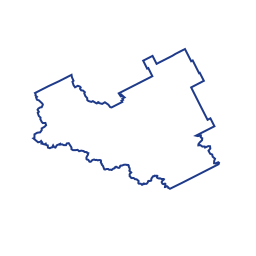 outline of Flathead, Montana, United States of America, rotated 153°
{"feature_id": "52423323B85659466987849", "entity_name": "Flathead", "entity_type": "district", "adm_level": 2, "iso_a3": "USA", "parent_name": "United States of America", "parent_adm1": "Montana", "projection": "robinson", "projection_center": [-113.761, 48.298], "detail": "fine", "context": "isolated", "style": "outline", "palette": "blue", "viewbox_px": 256, "rotation_deg": 153, "n_neighbors": 0, "source": "geoboundaries", "source_scale": "gbopen_adm2", "svg_char_len": 4298}
<svg xmlns="http://www.w3.org/2000/svg" viewBox="0 0 256 256"><g transform="rotate(153 128 128)"><path d="M73.4,181.1L83.9,181.1L84.0,172.2L82.7,172.2L82.8,163.1L93.1,163.1L114.6,163.1L120.5,163.1L120.1,159.5L118.9,159.2L118.6,160.2L117.2,156.8L119.6,156.8L119.6,155.3L121.4,155.3L121.3,153.8L133.3,153.8L134.4,154.7L134.9,157.7L136.9,161.4L140.1,161.2L142.7,163.6L142.5,164.3L142.8,164.6L143.5,164.2L144.3,164.3L144.7,164.1L145.0,164.4L147.1,167.9L148.8,167.9L151.0,170.0L151.6,171.4L150.8,173.2L151.5,175.8L151.2,178.8L150.2,179.5L151.1,181.8L152.6,182.8L152.9,184.7L151.7,185.7L152.1,186.8L153.6,188.4L156.7,188.3L157.1,190.8L156.5,194.4L155.1,194.8L154.9,198.7L154.2,201.0L168.2,201.0L179.9,201.4L195.0,201.4L194.9,200.2L195.7,198.9L195.0,197.1L196.0,196.9L196.3,194.6L194.8,193.0L193.2,188.5L193.3,187.4L195.5,185.7L196.9,186.2L199.1,186.0L200.3,185.3L200.1,182.9L201.5,182.6L202.0,179.2L201.2,177.0L202.1,175.6L202.1,172.7L201.7,171.1L199.3,170.0L199.7,167.7L201.7,167.0L205.1,166.8L205.8,165.3L208.2,164.0L211.0,165.0L214.2,164.8L215.9,161.6L217.0,161.7L214.6,156.1L212.2,155.5L211.3,155.9L211.0,154.0L212.1,153.4L209.9,151.3L208.4,151.4L208.6,149.9L207.4,148.9L208.2,146.9L206.8,145.5L205.6,145.5L204.4,145.2L202.6,146.5L202.5,144.4L201.5,143.5L199.3,144.9L195.7,144.7L196.0,144.0L194.2,143.4L193.0,141.9L191.0,140.9L189.6,142.0L187.7,141.4L187.2,136.4L188.0,134.7L187.1,133.3L184.6,132.0L182.8,131.4L182.1,129.5L180.0,129.1L177.9,127.5L177.8,126.7L177.3,126.1L177.2,126.1L176.4,125.7L175.7,125.2L175.7,124.4L175.1,123.8L174.8,123.6L175.1,123.2L175.4,122.9L176.0,122.2L177.1,121.6L177.8,121.1L178.5,120.5L178.9,119.6L179.1,119.1L178.8,118.4L178.0,117.9L177.7,117.1L177.7,116.3L177.7,115.7L177.2,115.1L176.3,114.9L175.3,115.3L174.4,115.6L173.5,115.5L172.5,115.3L172.1,114.7L171.5,114.2L170.7,114.0L170.2,113.6L169.9,113.1L169.3,112.8L168.7,112.7L168.1,112.5L167.6,112.1L167.2,111.9L166.9,111.5L167.0,110.9L167.4,110.2L167.9,109.6L167.8,108.8L167.6,108.1L168.0,107.3L167.9,106.9L167.5,105.9L167.6,105.1L167.6,104.3L167.8,103.3L167.8,102.6L167.9,102.0L167.3,101.4L166.2,101.3L165.3,101.0L164.3,100.5L164.0,99.7L163.5,99.2L162.7,98.9L162.0,98.5L161.8,98.1L161.4,98.0L160.9,98.2L159.9,98.4L159.1,98.5L158.5,98.2L157.8,98.4L157.4,98.9L156.6,99.0L155.8,98.6L155.6,97.8L154.8,97.1L154.4,96.7L153.7,96.5L153.2,96.8L152.7,97.2L152.1,97.8L151.4,97.8L150.7,97.3L149.5,97.2L148.3,97.1L147.4,96.7L146.8,96.4L146.3,96.1L146.0,95.7L145.5,95.5L144.9,95.2L144.5,94.9L144.4,94.3L144.7,94.0L144.8,93.2L144.9,92.4L144.8,91.7L145.0,90.9L145.3,90.3L145.7,89.6L146.2,89.3L146.2,88.8L146.0,88.4L145.6,87.7L145.4,87.2L145.3,86.9L145.8,86.7L146.1,86.7L147.1,86.4L147.6,86.0L147.9,85.4L148.0,84.9L148.4,84.3L148.1,83.6L147.9,83.2L148.0,82.6L147.7,82.0L147.2,81.5L146.3,81.3L145.8,80.9L145.3,80.2L145.1,79.3L144.2,78.8L143.5,78.2L143.3,77.5L143.0,77.0L142.8,76.6L142.6,75.9L143.0,75.4L143.6,74.6L143.7,74.1L143.8,73.9L143.6,73.5L143.2,73.3L142.4,72.9L141.8,72.4L141.6,71.8L141.3,71.0L140.7,70.9L140.2,71.3L139.5,71.5L138.9,71.2L138.9,70.7L137.9,70.4L137.0,69.9L136.6,69.9L135.9,70.2L135.1,70.5L134.5,71.1L134.2,71.5L133.8,71.5L133.3,71.4L132.8,70.9L131.8,70.7L131.4,70.6L131.1,70.7L130.9,71.1L130.4,72.0L129.7,72.6L128.8,72.9L128.3,73.3L127.8,73.6L127.1,73.5L126.8,73.2L126.3,73.2L126.1,73.4L125.8,73.4L125.6,73.1L125.0,72.8L124.2,72.5L123.8,72.3L123.6,71.9L123.8,71.7L124.4,71.5L124.7,71.0L124.5,70.2L124.1,69.7L123.6,69.2L123.2,68.8L122.5,68.8L121.8,68.1L121.4,67.4L120.5,66.9L119.4,66.4L119.2,66.0L119.7,65.7L120.1,65.7L121.2,65.4L122.4,64.7L122.7,64.1L122.6,63.2L122.6,62.6L121.9,61.9L120.9,61.8L120.3,61.7L120.1,61.2L120.4,60.9L120.6,60.0L121.4,59.4L121.9,58.6L121.7,58.5L121.0,58.4L120.4,58.6L119.7,58.4L119.3,57.5L119.1,56.9L119.3,56.4L118.7,55.7L118.4,55.0L118.2,54.8L104.7,54.6L98.2,54.6L87.6,54.6L74.0,54.6L63.8,54.6L62.7,55.6L63.1,56.5L66.3,56.8L67.3,57.5L66.2,59.5L64.4,61.1L65.6,64.0L65.0,66.1L66.5,67.8L66.6,71.2L64.0,72.3L63.2,74.5L64.7,75.4L68.2,75.6L68.1,76.7L70.2,77.7L71.2,79.8L73.2,80.6L72.6,81.6L70.6,82.6L67.6,83.5L66.5,85.1L67.4,86.6L66.5,88.2L69.5,89.1L70.9,90.3L50.2,90.3L50.2,99.2L53.4,99.2L53.4,117.4L53.3,135.5L39.0,135.6L39.0,144.6L39.8,144.6L39.7,157.3L39.7,158.8L41.4,158.8L41.4,172.5L52.0,172.5L55.6,172.2L73.4,172.2L73.4,181.1Z" fill="none" stroke="#1e3a8a" stroke-width="2"/></g></svg>